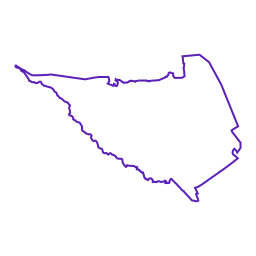 outline of Sascut, Bacau, Romania
{"feature_id": "2599482B20264955777633", "entity_name": "Sascut", "entity_type": "district", "adm_level": 2, "iso_a3": "ROU", "parent_name": "Romania", "parent_adm1": "Bacau", "projection": "orthographic", "projection_center": [27.041, 46.192], "detail": "fine", "context": "isolated", "style": "outline", "palette": "violet", "viewbox_px": 256, "rotation_deg": 0, "n_neighbors": 0, "source": "geoboundaries", "source_scale": "gbopen_adm2", "svg_char_len": 5680}
<svg xmlns="http://www.w3.org/2000/svg" viewBox="0 0 256 256"><path d="M198.3,200.6L197.3,197.4L196.1,193.9L196.5,193.6L197.7,193.3L195.0,187.8L197.8,186.9L201.6,184.7L203.8,183.1L207.2,180.8L207.8,180.3L208.0,180.0L208.3,179.9L208.8,179.6L211.6,177.6L219.3,172.3L219.6,171.8L220.8,171.2L229.6,164.8L237.8,158.3L236.8,157.5L235.5,156.1L233.7,155.0L233.2,154.3L232.7,153.3L232.6,152.6L232.7,151.6L233.1,150.5L233.6,149.4L234.4,148.8L236.4,150.9L236.8,151.6L237.2,152.6L239.6,149.3L240.6,147.5L240.5,144.3L240.5,143.1L240.6,142.8L236.0,136.9L235.1,135.6L233.5,133.7L232.1,131.8L231.6,130.3L238.1,126.3L221.2,84.5L209.1,62.2L199.5,54.7L186.1,56.0L182.5,56.3L182.6,56.9L183.0,59.6L183.3,63.4L183.4,63.6L183.9,63.6L184.2,63.6L184.1,66.7L183.5,67.8L183.7,68.1L183.8,69.4L184.2,71.6L184.2,73.2L184.6,76.2L181.9,77.8L176.0,77.9L174.6,77.8L173.3,76.2L173.1,74.9L173.2,73.4L171.7,73.1L169.9,72.4L168.9,72.9L168.8,73.1L168.6,73.2L168.3,75.0L167.7,75.5L166.8,76.4L166.1,76.7L166.4,76.9L159.3,80.0L159.0,80.2L156.7,80.3L155.3,80.5L153.5,80.5L149.2,80.9L149.3,81.2L147.6,81.1L146.8,80.9L146.5,80.5L146.0,80.8L145.7,80.6L145.1,80.5L138.6,80.5L137.3,80.9L135.2,81.2L135.0,81.6L134.6,81.2L133.7,81.2L132.0,80.8L131.9,81.1L131.5,81.2L130.7,80.8L130.3,80.8L130.0,81.0L129.6,81.0L129.5,81.3L129.1,81.4L128.4,82.0L127.7,82.2L127.3,82.5L126.9,82.7L126.7,82.7L126.3,82.5L124.8,82.7L124.2,82.6L123.9,82.8L123.4,82.4L123.2,82.5L123.0,82.3L122.3,82.0L121.5,81.3L120.6,80.5L119.5,80.0L119.3,79.8L119.1,79.8L118.8,80.0L117.6,80.0L116.3,79.5L115.8,79.2L115.8,79.3L116.0,79.5L115.6,80.4L116.5,80.8L116.6,81.1L117.6,81.8L117.7,82.7L117.9,82.9L117.9,83.1L117.5,84.6L116.7,86.1L114.3,85.3L114.5,84.4L114.5,83.9L114.0,83.8L114.0,84.4L113.8,84.7L113.6,84.9L113.6,85.7L112.6,85.7L112.2,85.3L111.1,84.8L109.8,84.5L109.0,84.1L108.4,83.9L107.8,83.5L108.4,83.0L108.6,82.5L108.6,81.9L109.3,80.9L109.0,79.1L108.3,77.0L98.8,77.0L95.1,77.5L85.2,79.3L83.3,79.1L58.2,75.5L52.8,74.8L50.8,74.4L48.6,74.8L46.5,74.9L45.5,75.0L45.0,74.9L42.8,75.0L41.6,75.3L41.3,75.3L40.7,75.1L39.9,75.3L38.2,75.1L37.6,75.3L32.9,75.3L31.3,74.9L26.6,72.1L25.7,71.3L25.3,71.2L24.8,70.7L24.0,70.1L23.0,69.8L22.5,69.8L22.3,69.5L20.2,68.4L18.6,67.2L17.8,66.8L16.7,66.0L15.8,65.5L15.4,64.9L15.7,66.9L16.5,67.5L17.2,67.7L18.1,67.7L18.9,68.1L19.4,68.1L19.8,68.4L20.4,69.2L21.2,70.7L24.1,72.5L24.4,72.8L25.0,74.0L26.0,75.1L26.4,75.8L27.4,77.1L27.8,78.0L28.4,78.7L29.1,80.3L29.2,80.9L29.3,81.0L30.2,81.1L30.7,81.4L31.1,81.5L31.7,82.0L32.0,82.2L33.4,82.3L34.0,82.1L34.5,82.3L34.8,82.4L35.5,83.0L36.0,83.1L37.4,83.0L38.9,81.9L39.7,81.6L40.3,81.6L41.0,82.1L41.3,82.7L41.6,83.7L42.5,84.6L43.0,84.9L43.3,85.1L43.7,85.7L45.0,85.8L46.5,86.4L47.7,86.7L48.9,87.1L50.8,87.4L51.6,88.1L53.0,89.0L53.3,89.4L53.9,90.7L54.2,91.1L54.9,91.8L55.9,92.3L56.3,92.7L57.4,95.5L58.6,96.3L59.7,97.9L60.1,98.2L60.9,98.2L62.0,98.9L63.2,100.3L63.7,100.6L64.5,101.4L65.7,101.7L67.0,102.5L67.9,102.6L68.3,103.2L68.6,103.9L68.9,104.4L70.0,105.3L69.6,106.4L69.2,107.7L69.3,109.0L69.4,109.3L69.7,109.7L70.2,112.4L69.9,113.0L69.3,113.8L69.0,114.2L69.0,114.6L69.2,115.0L69.6,115.3L70.8,115.5L71.1,115.9L71.6,116.0L72.1,116.3L72.9,117.4L73.3,118.4L73.1,119.1L73.4,119.5L74.4,120.1L75.5,120.4L75.9,121.1L77.0,122.0L77.9,122.2L79.1,122.3L80.0,123.0L80.6,124.4L81.5,125.5L82.1,126.6L82.0,127.8L82.1,128.5L81.9,128.8L82.0,129.6L82.1,130.0L82.8,131.1L83.4,131.3L84.0,131.8L84.6,132.0L85.0,132.4L85.4,133.1L85.8,133.2L86.2,133.4L86.4,133.6L87.1,133.9L87.9,133.8L88.5,134.3L88.8,134.4L90.4,134.2L90.8,134.7L91.3,135.1L91.5,135.6L91.5,136.0L91.0,137.4L91.0,137.7L92.3,140.2L92.7,140.6L93.2,140.7L93.8,141.1L94.0,141.1L94.4,140.7L94.9,140.6L95.4,140.7L95.9,140.9L97.2,142.7L97.3,143.3L97.8,144.5L98.0,146.4L98.5,147.5L99.3,147.9L99.5,148.2L100.4,148.4L101.8,148.9L102.4,150.0L102.9,151.9L103.1,152.5L103.4,152.7L104.0,153.0L105.0,153.2L105.8,153.2L106.5,153.0L107.6,154.2L108.4,154.6L109.5,153.4L109.8,153.2L110.3,153.1L110.9,153.4L112.2,154.7L112.7,154.9L113.4,154.9L114.3,155.5L115.2,155.9L116.1,156.8L116.3,157.7L116.9,158.2L118.5,158.7L120.5,158.9L121.2,158.7L121.6,158.8L122.0,159.2L122.4,159.9L122.5,160.5L122.5,161.5L122.6,162.4L122.8,162.7L123.7,164.3L124.2,165.1L125.6,166.6L125.7,166.8L125.9,166.9L126.7,166.4L126.8,166.3L126.9,165.3L127.0,165.2L127.8,165.6L128.8,165.6L130.1,165.9L131.5,165.8L132.4,166.0L133.1,165.8L133.9,166.0L135.1,166.8L135.2,166.7L136.7,167.5L136.9,167.1L137.2,167.2L137.0,168.1L136.6,169.1L136.7,169.3L137.2,169.3L137.5,169.4L138.1,169.3L138.3,169.4L138.6,169.5L139.1,169.9L139.3,170.6L139.8,170.9L140.2,170.8L140.5,170.9L140.6,171.1L140.8,171.6L141.1,171.8L141.3,172.1L141.6,172.1L141.6,172.5L142.4,172.8L143.0,172.7L142.9,173.1L143.1,173.5L143.3,173.6L143.5,174.1L143.6,174.7L143.9,175.0L144.0,175.8L143.9,176.1L144.1,176.7L144.5,177.3L144.5,177.6L144.8,178.1L145.3,178.4L145.4,178.8L145.5,178.8L146.3,178.8L146.4,179.0L146.7,179.1L147.0,179.4L147.1,179.8L147.9,180.2L149.3,178.5L149.7,178.4L150.1,178.6L150.6,178.3L151.3,178.5L151.6,179.0L151.8,179.2L152.5,179.5L152.8,180.3L152.8,180.9L152.7,181.5L152.7,181.9L153.1,181.9L153.2,182.1L153.7,182.0L154.0,182.1L154.7,181.9L155.9,182.0L156.0,182.1L156.3,182.0L156.7,182.1L156.8,181.8L157.0,181.7L158.8,181.1L159.7,181.4L160.6,182.0L163.0,181.6L164.3,181.5L165.0,180.7L165.3,181.1L165.7,181.3L166.2,181.4L166.1,181.8L165.7,182.0L165.2,182.1L165.3,183.1L169.2,182.9L169.3,181.9L170.0,180.2L170.8,178.8L171.0,178.2L171.0,178.4L171.8,179.4L173.8,181.4L175.6,183.3L176.5,183.9L177.7,185.5L180.1,187.8L180.6,188.6L182.1,190.2L182.4,190.5L183.7,191.1L184.0,191.7L185.3,193.2L189.7,197.9L191.7,200.2L192.2,200.5L194.8,200.8L195.6,201.2L196.4,201.3L196.8,201.3L198.3,200.6Z" fill="none" stroke="#5b21b6" stroke-width="2"/></svg>